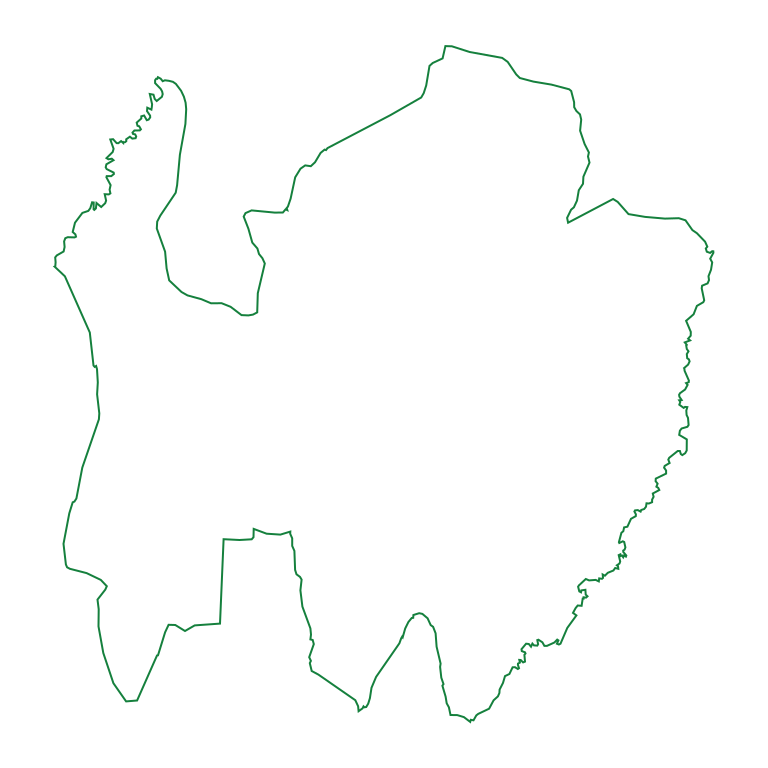 Kibaha Urban, Pwani, United Republic of Tanzania
{"feature_id": "72390352B56720706839933", "entity_name": "Kibaha Urban", "entity_type": "district", "adm_level": 2, "iso_a3": "TZA", "parent_name": "United Republic of Tanzania", "parent_adm1": "Pwani", "projection": "robinson", "projection_center": [38.935, -6.691], "detail": "fine", "context": "isolated", "style": "outline", "palette": "green", "viewbox_px": 768, "rotation_deg": 0, "n_neighbors": 0, "source": "geoboundaries", "source_scale": "gbopen_adm2", "svg_char_len": 6043}
<svg xmlns="http://www.w3.org/2000/svg" viewBox="0 0 768 768"><path d="M707.3,246.7L705.1,241.7L696.9,233.2L692.4,230.1L685.5,220.3L678.8,218.2L664.9,218.6L645.1,216.9L628.5,214.1L617.7,201.9L613.1,199.0L568.1,222.7L567.1,217.9L571.1,209.7L573.9,207.3L577.0,200.6L578.8,190.2L583.0,183.8L583.4,176.7L589.5,162.6L588.0,156.5L588.9,152.5L584.6,144.0L580.1,130.7L581.2,119.6L580.0,114.4L576.4,111.0L574.2,107.2L574.1,102.2L571.2,91.0L569.2,89.3L551.4,84.6L533.4,81.6L519.8,78.0L516.2,74.4L507.7,61.9L502.2,57.9L469.6,52.0L451.9,46.3L445.4,46.1L442.6,58.4L432.7,63.0L429.5,65.9L426.2,85.5L423.7,93.2L421.2,97.5L390.3,115.2L327.5,148.1L326.0,150.1L324.6,149.6L320.6,152.9L315.0,162.3L310.8,166.2L305.2,165.4L300.5,168.7L295.2,177.3L290.6,198.7L287.9,206.6L286.7,208.0L287.3,210.1L285.6,209.3L282.9,212.5L274.7,212.6L251.6,210.4L245.5,213.1L243.7,216.6L248.4,228.7L252.3,242.6L257.4,248.5L259.0,254.0L262.4,258.2L264.8,263.5L257.8,293.2L257.2,312.4L253.0,314.6L248.4,315.4L241.5,315.1L230.6,306.8L221.6,303.2L211.1,303.3L201.4,299.2L187.5,295.4L181.5,292.0L169.2,280.4L166.6,268.4L165.1,251.7L156.8,228.5L157.2,221.6L160.3,215.6L175.7,192.7L177.1,185.2L179.9,154.7L185.4,124.0L186.2,109.2L185.6,102.7L183.9,96.7L181.1,90.8L175.9,83.9L172.9,81.8L168.8,80.8L164.9,80.3L162.7,81.2L160.7,78.7L157.9,77.2L157.3,78.8L156.2,78.7L155.1,80.2L155.1,83.1L160.7,88.9L162.1,91.4L162.7,94.1L161.9,96.8L156.7,101.0L154.7,98.9L153.5,94.7L149.8,94.0L152.1,104.3L151.8,107.2L151.4,109.6L147.3,107.7L147.0,111.1L150.1,115.6L150.2,117.4L148.6,119.6L146.8,120.2L144.1,115.5L141.3,116.3L141.3,118.5L136.7,122.6L137.5,125.8L139.2,126.3L140.9,129.3L139.8,130.4L134.4,130.5L132.5,132.6L133.0,133.9L135.2,134.4L136.2,136.5L135.6,138.2L132.3,138.6L129.9,136.7L126.2,139.3L126.3,141.1L125.2,142.1L123.5,142.6L122.6,141.3L122.8,142.6L121.1,141.1L118.3,143.2L116.6,143.1L113.1,139.2L110.3,139.5L113.6,148.8L112.7,152.0L106.5,158.1L108.4,159.3L111.8,158.7L113.5,160.2L106.4,164.3L105.7,167.3L106.7,169.1L113.7,172.6L113.9,174.0L111.3,176.1L106.7,176.1L106.4,177.3L110.6,185.1L109.6,189.7L110.4,193.4L108.8,194.4L104.7,194.2L106.1,200.6L105.2,203.2L101.2,207.0L96.5,203.0L95.9,208.4L94.3,209.9L93.6,209.3L93.7,202.5L92.1,202.3L90.3,208.2L88.3,210.9L82.4,212.9L75.0,222.7L72.7,232.0L75.4,234.4L76.0,236.7L74.6,237.4L67.7,237.2L65.3,238.2L64.1,241.4L64.6,247.0L63.6,251.5L56.8,255.4L55.2,257.4L55.6,262.2L55.3,266.3L54.6,266.6L64.9,276.3L89.8,332.5L93.5,365.5L94.7,366.9L96.1,366.0L97.0,369.1L97.8,382.4L97.1,394.3L99.3,413.4L98.9,419.3L82.3,467.6L76.4,498.5L74.4,501.6L72.7,502.3L69.3,513.3L63.5,543.8L65.9,564.5L67.1,567.3L69.9,568.8L86.6,573.1L100.8,579.9L106.8,586.2L105.3,589.6L97.5,599.6L98.7,609.2L98.5,626.4L103.3,653.0L113.4,683.2L126.1,701.4L137.1,700.5L157.0,655.5L158.0,655.3L165.1,632.3L168.6,624.8L175.3,625.0L185.0,631.0L194.7,625.4L220.0,623.6L223.6,539.2L239.5,540.0L251.7,539.3L253.5,537.2L253.7,528.9L266.6,533.7L280.4,534.6L290.3,531.6L290.2,533.8L292.2,538.3L292.2,545.9L294.4,550.9L295.1,569.9L296.5,574.3L300.0,576.9L301.6,579.6L300.4,590.3L302.4,606.6L310.4,628.4L311.0,634.6L310.4,639.4L312.7,640.0L313.8,644.1L309.2,657.2L310.9,660.9L309.8,663.1L311.7,671.0L318.4,674.6L355.3,700.2L358.1,706.2L358.6,711.2L362.5,708.4L363.5,706.4L364.4,707.3L366.2,707.0L368.2,703.7L369.9,698.2L371.5,687.8L376.1,676.9L399.4,643.3L401.2,638.3L402.2,636.6L402.7,637.3L405.2,628.5L408.4,622.0L411.7,618.0L413.2,617.8L413.4,615.0L419.2,613.2L422.4,613.9L427.6,618.3L430.7,625.1L433.1,626.8L435.6,633.3L436.6,646.7L440.6,663.6L440.1,666.9L441.3,677.7L443.5,684.1L442.4,685.7L445.6,696.6L446.7,703.3L448.9,707.3L450.5,715.0L457.3,715.1L463.9,717.1L470.2,721.9L470.8,719.8L473.5,720.3L476.3,715.4L478.2,713.9L489.1,708.7L493.6,700.3L497.9,696.4L499.4,693.0L499.6,689.6L503.0,682.9L505.0,676.1L509.4,674.0L512.6,667.3L515.0,667.2L517.8,669.0L519.0,668.2L517.9,664.8L518.0,663.6L519.9,662.6L519.3,659.9L520.7,660.0L523.1,662.4L525.0,661.6L524.4,654.8L525.5,653.5L525.0,652.3L521.8,651.1L521.5,649.2L526.1,643.7L528.8,644.0L531.0,646.7L532.4,643.6L534.0,645.4L537.3,645.6L538.1,644.2L537.3,640.1L538.4,639.7L542.4,642.3L544.4,645.9L546.9,645.9L554.4,642.5L557.2,639.6L558.4,640.4L556.9,643.7L558.9,644.5L560.5,643.7L567.3,627.9L576.4,615.4L573.0,612.9L575.6,608.1L577.7,605.5L581.6,605.8L582.7,598.6L583.6,598.6L583.6,597.3L586.1,597.6L587.5,596.3L585.7,594.6L585.4,589.8L581.3,590.4L581.0,592.3L579.3,591.4L578.1,586.7L579.0,585.3L585.8,579.0L589.1,580.4L595.7,579.9L598.8,581.4L599.2,578.4L602.0,578.8L603.0,577.9L602.7,574.5L604.9,575.7L607.8,572.8L613.4,570.5L615.2,568.0L618.3,568.8L618.0,566.2L616.9,565.3L619.5,563.5L620.2,561.5L618.7,555.1L620.2,554.4L620.2,556.2L621.9,555.4L623.2,557.3L624.1,555.4L625.9,556.6L626.3,555.5L623.3,552.0L623.2,550.6L624.6,549.6L625.4,547.4L624.2,542.0L622.8,541.3L619.3,543.0L618.9,542.2L621.4,532.8L623.3,531.2L624.1,527.4L627.4,526.7L631.0,518.8L635.8,516.1L635.9,514.3L634.4,511.5L635.0,510.4L637.8,510.1L640.6,511.6L641.2,510.0L644.2,509.0L646.0,506.7L646.5,503.3L648.9,503.5L652.1,502.2L652.1,499.6L653.6,496.8L652.8,493.5L659.3,490.0L658.2,487.8L656.4,486.7L657.6,483.7L655.6,481.2L655.8,478.6L666.1,473.6L666.1,470.5L664.1,467.7L664.7,465.9L669.6,463.0L668.3,459.6L669.2,457.8L677.7,451.0L679.9,451.0L680.8,454.0L682.3,455.1L685.2,453.2L686.7,450.5L686.8,439.4L679.2,434.9L679.9,430.7L681.6,428.5L687.4,426.8L688.6,425.0L688.0,417.9L686.6,415.0L686.3,410.6L687.3,407.1L685.0,406.9L683.7,407.9L679.3,404.7L680.3,401.9L679.2,400.3L681.6,400.0L679.4,396.7L679.1,394.8L680.0,393.2L685.1,389.5L687.6,384.9L686.1,383.1L688.7,382.2L688.9,380.6L684.6,370.8L684.3,368.1L683.4,368.7L688.1,364.6L689.6,361.4L688.9,359.4L687.2,358.2L686.8,354.1L688.5,351.3L686.8,349.0L686.2,345.5L686.8,344.9L684.8,342.4L690.1,340.4L688.1,338.7L690.7,335.7L690.8,331.9L686.1,320.8L693.6,314.3L696.9,305.9L703.3,302.2L704.2,300.3L701.7,288.3L702.1,285.7L707.6,283.4L709.0,280.1L708.5,276.2L711.0,269.8L712.2,262.4L710.2,258.7L713.4,252.8L713.3,251.3L712.2,251.2L710.1,252.9L706.8,251.7L705.8,248.5L707.3,246.7Z" fill="none" stroke="#15803d" stroke-width="2"/></svg>